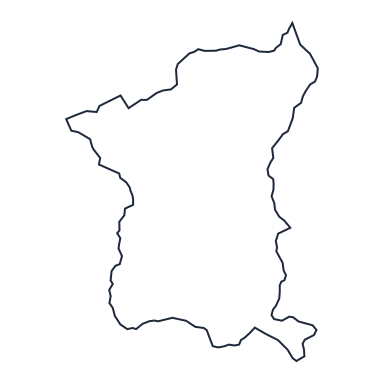 Vale Verde, Rio Grande do Sul, Brazil
{"feature_id": "56859067B99392255338401", "entity_name": "Vale Verde", "entity_type": "district", "adm_level": 2, "iso_a3": "BRA", "parent_name": "Brazil", "parent_adm1": "Rio Grande do Sul", "projection": "albers", "projection_center": [-52.105, -29.83], "detail": "fine", "context": "isolated", "style": "outline", "palette": "slate", "viewbox_px": 384, "rotation_deg": 0, "n_neighbors": 0, "source": "geoboundaries", "source_scale": "gbopen_adm2", "svg_char_len": 1904}
<svg xmlns="http://www.w3.org/2000/svg" viewBox="0 0 384 384"><path d="M292.3,23.0L289.0,28.9L287.4,32.8L282.8,34.9L280.7,44.2L276.2,47.6L274.0,50.7L268.6,52.0L259.1,51.5L253.8,49.1L239.3,45.3L226.0,49.0L220.2,49.5L216.1,50.7L204.7,50.9L198.2,49.2L194.4,51.8L189.4,53.4L177.8,64.0L176.0,69.7L177.0,84.5L170.9,89.4L162.8,90.5L156.6,93.0L146.9,99.9L141.1,99.8L128.6,108.2L120.5,95.5L99.5,105.9L96.7,112.0L86.5,111.1L75.8,115.1L66.2,119.1L71.3,130.7L78.3,132.2L90.1,139.2L92.1,146.6L93.9,149.9L100.2,158.0L98.9,164.5L119.2,173.5L120.2,177.8L126.3,182.4L129.7,187.4L130.6,191.1L132.4,195.1L133.1,199.3L133.1,204.9L129.5,206.5L125.0,208.6L124.3,215.3L119.3,221.8L119.5,230.3L117.2,233.2L120.3,238.2L119.1,244.4L118.5,248.4L122.0,256.1L119.7,264.2L115.4,265.8L111.6,271.1L110.6,280.5L112.8,283.9L109.2,289.9L110.7,296.1L109.4,303.0L112.8,308.0L114.8,315.8L120.3,324.4L127.3,329.1L132.7,328.0L136.1,329.1L142.6,323.8L149.1,321.3L154.2,320.5L158.1,321.3L172.5,317.8L186.1,320.8L195.2,326.8L203.8,328.0L206.7,330.1L212.8,346.2L218.3,347.4L224.2,346.3L228.9,344.6L234.3,345.5L239.1,344.6L241.0,340.0L244.5,337.8L249.8,333.0L254.8,327.6L265.9,334.0L278.0,340.1L287.6,349.7L292.7,358.2L296.4,361.0L304.4,356.3L304.0,349.7L302.6,343.8L304.8,339.7L313.9,335.1L316.5,330.1L312.7,325.3L298.6,321.5L293.0,317.2L289.2,316.7L282.0,320.7L274.1,319.1L271.5,315.1L273.0,309.6L276.1,305.5L279.3,298.4L279.8,291.1L279.7,285.5L281.3,281.7L284.5,280.1L286.0,275.1L283.7,270.7L282.6,262.8L276.4,251.4L277.0,247.0L275.8,241.1L278.2,233.6L290.3,227.8L284.4,220.7L279.2,216.7L275.0,209.6L274.3,203.2L271.6,196.3L273.5,189.4L273.6,183.4L273.2,179.2L268.5,175.5L267.5,169.1L270.5,162.4L273.3,157.9L272.1,148.2L278.8,139.8L282.9,134.2L287.9,131.2L292.7,118.3L294.2,107.8L301.1,102.8L302.8,96.5L305.8,90.9L310.2,84.4L315.0,81.6L317.1,76.5L317.8,68.2L310.0,53.8L300.2,44.6L292.3,23.0Z" fill="none" stroke="#1e293b" stroke-width="2"/></svg>